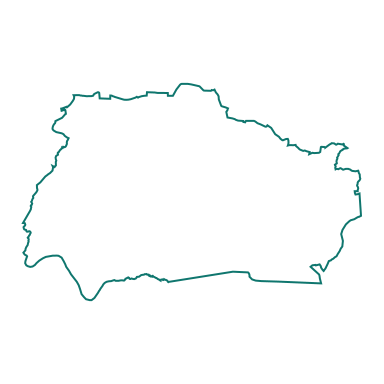 Piojó, Atlántico, Colombia (orthographic projection)
{"feature_id": "7082276B86748293561123", "entity_name": "Piojó", "entity_type": "district", "adm_level": 2, "iso_a3": "COL", "parent_name": "Colombia", "parent_adm1": "Atlántico", "projection": "orthographic", "projection_center": [-75.155, 10.743], "detail": "fine", "context": "isolated", "style": "outline", "palette": "teal", "viewbox_px": 384, "rotation_deg": 0, "n_neighbors": 0, "source": "geoboundaries", "source_scale": "gbopen_adm2", "svg_char_len": 5852}
<svg xmlns="http://www.w3.org/2000/svg" viewBox="0 0 384 384"><path d="M73.6,95.2L74.2,96.6L74.0,98.8L72.9,100.8L70.2,104.5L67.0,107.3L66.7,107.3L66.5,106.8L62.3,108.4L61.2,108.6L61.6,110.8L62.0,110.7L63.5,110.1L63.8,109.7L64.2,109.8L64.7,109.6L64.9,109.7L64.8,110.2L65.4,110.4L65.9,113.8L65.4,114.0L62.1,117.8L55.4,121.1L55.3,122.4L55.1,123.1L54.0,124.3L53.2,125.7L52.7,127.2L52.5,128.9L53.0,129.8L53.8,130.6L56.3,132.1L61.7,133.3L62.6,133.7L63.6,134.3L64.7,135.8L66.9,137.4L68.6,138.2L67.8,139.9L67.0,141.2L66.8,142.5L66.9,143.9L66.0,146.0L65.4,146.8L64.5,147.2L63.3,146.8L63.1,147.5L62.9,147.8L62.2,147.4L62.1,148.3L61.6,148.4L61.4,148.6L61.0,149.3L60.0,150.1L58.6,152.3L58.0,152.5L57.8,152.8L57.7,153.2L58.0,154.7L56.2,155.9L55.6,157.4L55.8,159.2L56.3,160.6L55.8,161.9L55.9,165.4L54.6,167.0L54.1,166.5L53.7,166.6L52.6,166.0L53.1,167.2L52.5,170.6L50.0,173.1L48.1,174.3L47.6,174.8L45.3,176.5L40.3,182.4L36.9,185.1L37.0,188.1L37.4,189.3L37.4,190.3L36.3,192.3L33.1,196.0L33.0,196.6L33.3,197.9L32.3,199.4L31.9,200.9L31.2,201.9L32.0,203.1L32.2,203.6L31.6,205.0L31.1,205.2L30.7,206.0L31.3,207.0L30.9,208.5L30.9,209.1L30.1,210.8L23.0,223.0L24.8,223.2L25.3,224.7L25.1,225.4L23.6,227.0L23.6,227.7L24.2,229.3L24.7,229.6L26.0,229.9L26.2,230.2L26.5,231.3L27.0,231.7L27.9,231.7L29.1,231.2L29.9,231.4L30.5,232.1L30.7,232.8L30.1,233.9L29.7,235.0L29.1,235.5L28.5,237.0L28.0,237.2L27.7,237.7L27.8,237.9L28.4,238.5L28.7,239.2L28.7,239.9L28.4,240.5L28.6,241.8L28.2,242.5L27.6,245.2L26.4,246.9L25.6,248.7L25.4,250.3L23.4,252.7L24.4,254.2L25.3,255.0L26.5,255.5L27.1,256.3L25.6,260.6L25.3,262.0L25.2,263.3L26.3,265.3L27.8,266.2L30.2,266.9L32.6,266.5L34.9,265.0L36.5,263.1L39.3,260.6L42.9,258.3L45.8,256.9L52.6,255.7L56.9,255.6L58.6,255.8L61.6,257.6L63.7,261.2L65.3,264.4L66.2,266.8L69.1,270.9L71.0,274.3L76.8,281.8L78.7,285.2L80.0,288.9L81.6,294.2L83.9,297.0L86.0,299.2L89.6,300.1L91.6,300.1L94.4,298.0L98.0,292.8L99.0,291.0L99.9,289.8L100.4,288.8L102.5,285.9L103.3,284.4L104.7,282.9L106.6,281.8L108.8,281.3L111.2,281.1L113.8,280.2L114.6,280.1L115.2,280.6L115.7,280.8L118.6,280.8L120.4,280.4L122.0,280.3L124.0,280.6L124.5,280.3L124.7,279.8L125.2,279.5L125.5,278.7L126.5,278.4L127.1,277.9L127.8,277.8L128.2,277.4L129.1,277.9L129.4,278.6L130.0,279.0L130.4,279.0L131.2,278.6L131.7,278.5L132.4,278.8L134.1,279.1L135.8,278.5L136.4,277.8L136.9,276.9L139.1,276.7L141.2,275.1L142.7,274.8L144.0,274.7L144.6,274.2L145.5,274.2L146.4,274.0L147.2,274.7L147.7,274.5L148.8,274.7L149.2,275.1L148.9,275.5L149.0,275.7L149.4,276.0L150.1,275.7L150.3,276.2L150.6,276.5L151.5,276.3L152.2,276.8L152.4,276.7L152.5,276.4L152.4,275.9L152.7,275.8L153.5,276.7L154.8,277.2L155.5,277.8L156.5,278.0L157.8,279.1L158.7,279.3L159.6,280.1L160.5,280.6L160.5,280.3L161.1,279.6L162.1,279.5L162.3,279.4L163.1,280.1L163.4,280.0L164.0,279.1L165.3,279.9L165.9,279.9L166.8,280.3L167.4,280.8L167.8,281.6L168.3,282.1L168.6,281.9L232.9,271.7L248.0,272.4L248.7,273.1L249.2,274.1L249.5,275.2L249.5,276.7L252.1,279.4L255.7,280.6L261.4,281.1L278.1,281.6L321.1,283.4L319.9,278.6L319.5,275.8L319.1,274.5L310.6,266.8L312.4,265.3L315.6,264.9L315.9,265.4L319.6,264.4L320.8,266.2L321.1,267.6L322.4,269.6L323.6,271.0L324.1,270.5L324.3,269.9L325.4,268.6L327.7,263.8L328.8,261.1L331.0,260.3L331.7,259.5L333.3,258.7L334.9,257.2L336.5,256.3L337.8,253.9L339.7,251.0L340.7,248.7L342.3,246.5L342.9,240.9L341.2,234.1L342.5,229.9L345.9,224.4L349.1,221.4L350.6,220.3L354.3,219.2L357.3,217.4L358.4,216.9L358.9,216.9L361.0,215.8L359.5,193.5L357.6,194.2L355.5,194.5L354.9,193.0L354.7,191.2L357.7,191.2L357.7,190.1L358.2,188.6L358.1,187.8L357.9,187.0L357.5,186.5L357.1,185.6L357.2,184.9L357.6,184.1L357.7,182.6L358.2,181.6L359.3,180.6L359.9,179.7L360.3,178.7L359.9,177.4L359.7,174.4L358.8,172.9L358.4,171.1L358.2,170.7L355.6,171.3L352.2,170.9L351.4,170.5L350.3,169.6L348.3,168.9L345.7,168.9L343.1,169.7L340.6,168.2L339.7,168.4L338.4,169.2L337.0,168.9L336.1,169.0L335.6,169.3L335.4,168.2L335.2,167.9L335.7,166.3L335.5,165.9L335.1,165.4L334.9,164.7L336.8,163.4L336.7,162.5L336.5,162.0L336.5,161.1L336.7,160.5L336.7,160.0L337.4,158.7L337.3,158.2L337.1,157.7L338.6,155.2L338.3,154.2L339.1,153.5L339.8,152.2L340.1,151.5L340.7,150.9L342.0,150.2L342.3,149.8L342.7,149.8L343.4,148.9L345.8,148.4L347.0,148.4L347.5,148.1L343.9,145.6L343.6,145.2L343.9,144.6L343.8,144.0L343.5,143.8L342.5,144.4L342.0,144.4L337.8,143.7L337.2,144.2L336.1,144.7L334.1,143.4L331.6,143.2L330.8,143.9L329.7,144.4L325.4,147.6L325.4,147.3L325.1,147.3L324.0,146.9L323.1,147.0L321.8,146.8L321.1,146.9L320.9,147.1L320.2,152.0L318.9,152.8L314.2,153.1L312.4,152.8L309.2,154.2L309.7,152.1L306.4,151.2L304.8,150.5L303.2,150.9L300.0,149.6L299.3,149.1L298.2,147.9L296.1,146.1L295.8,145.7L295.6,144.9L293.5,145.2L289.3,145.1L287.9,145.5L288.1,144.9L288.5,143.0L288.4,140.4L287.8,138.9L286.1,139.0L282.9,140.3L282.2,140.1L280.4,138.7L279.0,136.8L275.2,134.2L271.2,127.9L267.4,125.3L266.7,126.4L266.0,126.7L265.4,126.7L260.6,124.4L257.5,123.2L255.3,121.5L254.0,120.9L246.0,120.9L245.5,121.5L245.2,122.3L243.4,122.0L243.3,121.0L238.1,120.6L236.0,119.9L234.7,119.1L232.4,118.4L227.5,117.5L226.3,111.9L227.4,110.3L227.7,109.1L228.0,108.4L225.6,107.4L221.9,106.3L221.2,105.8L218.8,99.4L218.6,96.3L217.6,94.4L216.6,93.3L215.8,92.3L214.5,89.6L213.1,90.3L211.7,90.0L211.4,90.5L210.9,90.8L204.0,90.6L203.4,90.3L199.7,86.5L199.1,86.2L191.2,84.4L188.0,83.9L181.6,83.9L180.9,84.1L180.1,84.7L176.4,89.5L172.9,95.8L167.9,95.8L167.8,93.0L157.4,92.9L154.7,92.5L147.0,92.2L146.7,95.6L144.2,95.8L141.7,96.2L138.5,97.2L138.0,97.6L136.8,96.8L135.5,97.6L130.8,99.2L128.2,99.7L126.1,99.8L124.1,99.7L122.6,99.3L114.7,96.9L113.6,96.4L113.0,96.3L111.7,95.6L110.3,95.5L110.2,98.8L99.7,98.4L99.2,92.9L99.0,92.6L98.1,92.2L97.6,92.3L94.8,93.7L93.9,94.3L93.5,95.0L93.4,95.4L93.0,95.8L91.4,96.1L86.5,96.2L83.5,95.8L82.5,95.8L81.4,95.5L80.5,95.5L79.1,95.1L73.6,95.2Z" fill="none" stroke="#0f766e" stroke-width="2"/></svg>